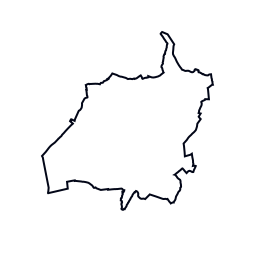 Turda, Cluj, Romania (Mercator projection), rotated 75°
{"feature_id": "2599482B86341040659785", "entity_name": "Turda", "entity_type": "district", "adm_level": 2, "iso_a3": "ROU", "parent_name": "Romania", "parent_adm1": "Cluj", "projection": "mercator", "projection_center": [23.797, 46.584], "detail": "fine", "context": "isolated", "style": "outline", "palette": "ink", "viewbox_px": 256, "rotation_deg": 75, "n_neighbors": 0, "source": "geoboundaries", "source_scale": "gbopen_adm2", "svg_char_len": 5590}
<svg xmlns="http://www.w3.org/2000/svg" viewBox="0 0 256 256"><g transform="rotate(75 128 128)"><path d="M205.6,152.2L204.5,151.3L203.9,150.5L202.9,149.5L202.2,149.2L201.9,149.0L200.9,147.7L200.1,147.2L199.9,146.7L199.6,146.4L199.1,146.1L197.4,144.2L197.1,144.1L195.6,142.6L195.0,141.7L194.0,141.1L193.0,140.0L191.7,138.3L192.0,138.0L190.9,136.6L191.1,136.3L191.9,135.5L193.2,135.1L194.1,135.1L196.2,135.8L197.0,135.7L199.1,134.4L199.6,133.8L199.9,133.2L200.3,131.0L200.6,130.5L201.1,129.8L198.2,124.8L197.8,124.2L201.4,118.7L205.3,113.0L205.8,112.0L206.1,110.4L206.2,110.0L206.8,109.0L206.9,108.8L206.7,108.3L206.7,108.2L209.4,107.3L210.5,106.8L211.4,106.3L211.9,106.2L211.6,104.7L211.5,103.6L211.8,103.1L211.3,102.8L210.9,102.5L210.3,101.7L209.3,100.7L206.6,99.3L204.6,97.3L203.0,96.0L202.4,95.3L202.3,94.8L202.1,94.5L201.2,93.6L200.7,93.4L199.3,93.0L199.1,92.7L198.7,92.1L198.3,91.9L196.2,91.5L194.2,91.4L193.3,91.1L192.7,91.0L191.6,91.1L190.7,91.8L190.1,92.4L188.7,93.2L187.6,93.5L185.9,94.3L185.5,94.5L185.2,95.0L185.0,94.3L184.3,93.0L183.4,90.8L182.9,89.9L182.3,88.3L181.5,86.9L181.1,86.0L181.2,85.8L182.9,84.9L184.1,84.4L186.7,83.1L185.5,81.2L185.3,80.6L185.3,79.6L186.0,78.5L186.6,78.0L187.1,77.4L187.4,76.7L187.4,76.3L185.8,75.3L183.6,73.4L182.3,72.4L181.8,73.1L181.4,74.7L181.4,75.1L180.8,74.8L179.6,74.1L178.1,74.1L177.1,73.8L176.0,73.6L172.7,73.4L169.4,73.0L170.0,74.6L170.1,80.4L166.1,79.6L160.1,78.6L157.4,78.3L154.7,74.2L153.1,72.4L152.2,71.1L150.9,68.6L150.1,67.4L149.1,65.3L147.8,63.3L147.5,63.0L146.7,62.4L144.6,61.1L144.0,60.8L142.0,60.0L141.7,59.8L138.5,55.8L138.2,55.5L137.8,55.8L135.4,56.8L132.8,54.1L131.8,55.9L130.7,55.2L129.4,54.7L128.4,53.8L127.5,53.2L125.5,51.4L124.7,50.9L123.2,50.4L122.6,50.5L121.8,50.5L121.4,49.8L121.4,49.5L121.2,49.1L121.1,48.2L120.7,46.3L120.1,46.0L121.2,42.4L112.5,40.9L111.1,40.7L110.0,40.7L109.8,39.8L108.2,36.1L108.1,35.5L108.2,34.8L106.4,34.8L105.3,34.4L104.2,34.6L103.7,34.6L102.5,34.3L101.3,34.4L97.6,33.9L97.4,35.1L97.4,35.8L97.5,36.3L97.9,37.2L97.4,38.6L96.8,39.9L96.2,40.6L95.3,41.4L95.2,41.7L95.4,41.9L95.1,42.3L94.6,42.6L94.1,42.9L93.7,43.6L93.2,43.9L92.8,44.5L92.3,45.3L92.3,45.8L92.3,46.2L92.1,45.6L90.7,44.9L90.3,45.1L89.5,46.7L89.3,46.9L89.1,46.8L88.6,47.7L88.6,47.8L89.0,48.5L89.7,48.7L90.2,49.2L90.4,49.8L90.8,50.5L90.8,51.4L90.6,52.0L90.0,52.9L88.6,54.4L88.3,55.0L88.2,55.5L88.0,56.0L87.9,57.0L87.8,57.6L87.5,58.2L86.1,59.9L85.9,60.5L85.3,60.9L84.5,61.0L82.8,61.8L80.2,62.7L76.5,63.7L73.3,64.2L71.9,64.5L70.2,65.1L68.3,65.4L66.9,65.1L64.1,64.0L60.9,62.9L60.3,62.6L59.1,61.7L47.9,65.4L47.6,65.6L46.8,66.7L44.1,70.2L45.0,71.6L45.3,72.0L45.5,72.1L49.3,70.6L50.9,70.2L53.2,69.3L55.0,68.8L56.2,68.1L56.6,68.0L57.2,68.3L57.4,68.6L57.5,68.7L59.3,69.5L60.0,69.6L61.3,70.5L62.7,71.1L62.9,71.3L62.9,71.5L63.3,71.9L64.6,72.6L65.2,72.7L65.5,73.2L66.2,73.2L66.3,73.4L66.5,74.1L67.1,74.4L67.2,74.6L67.5,74.8L68.5,75.3L69.0,75.2L69.7,75.5L70.6,76.0L71.7,76.4L72.3,76.8L72.9,76.9L73.3,77.3L73.8,77.6L74.6,77.5L75.2,77.9L75.8,78.7L76.4,79.3L77.6,79.9L78.1,79.9L78.8,79.5L80.1,79.5L80.7,79.6L82.3,79.4L82.7,79.4L83.3,79.6L83.6,79.7L83.8,79.5L85.0,82.4L85.5,83.2L85.7,84.2L86.0,85.6L86.0,88.7L85.8,90.4L85.3,91.8L85.0,92.3L84.4,93.2L83.1,95.0L83.5,95.1L83.7,94.9L83.9,94.9L84.3,95.0L84.3,96.9L84.1,97.0L84.0,99.1L84.3,100.9L84.3,101.2L84.2,101.3L83.6,101.5L82.5,101.5L80.5,102.1L80.8,103.2L82.2,106.8L82.3,108.5L82.3,109.1L81.8,109.3L81.9,111.2L81.0,113.2L80.7,115.4L78.9,117.3L78.6,117.9L76.8,120.9L76.5,121.8L75.6,123.3L73.9,125.1L71.3,129.0L71.6,129.3L71.7,129.5L73.1,131.1L74.5,133.3L74.8,133.9L75.4,133.8L75.5,133.9L75.7,134.4L75.5,134.6L75.3,135.4L75.8,135.7L76.2,136.3L76.3,136.3L76.3,137.1L76.5,138.1L76.6,139.3L77.0,139.6L77.2,140.0L77.7,140.5L77.7,140.8L77.7,141.1L77.4,142.5L77.8,143.1L78.5,143.8L78.1,144.5L77.4,146.0L76.7,148.5L76.1,151.3L75.7,153.1L75.7,153.9L75.3,154.2L75.1,154.8L75.3,156.3L75.5,157.2L75.6,157.6L76.0,157.5L76.5,157.7L77.7,157.8L78.1,157.9L78.7,157.6L79.0,157.8L79.4,157.8L79.7,157.9L80.4,157.9L80.3,158.5L82.1,158.6L85.2,159.1L86.0,159.2L86.6,159.0L87.9,159.2L88.0,159.3L88.0,159.7L88.0,160.3L88.0,161.1L88.1,161.6L88.4,162.4L92.1,166.0L93.9,166.4L96.4,167.5L97.7,168.9L98.3,169.8L98.6,171.0L99.7,172.0L100.5,172.6L105.8,176.9L107.3,177.7L105.2,180.1L106.0,180.8L105.3,181.2L106.4,182.2L109.5,180.1L110.0,180.9L110.1,181.4L113.0,186.3L114.9,189.3L116.2,191.2L117.5,193.4L118.6,194.5L119.3,196.1L119.9,197.0L120.2,197.8L120.3,197.8L123.1,202.4L124.7,206.3L125.7,208.1L126.8,209.7L129.8,213.6L132.8,218.3L134.5,217.9L137.7,218.2L165.2,220.1L168.1,221.2L170.1,222.1L170.3,222.0L171.0,201.9L164.2,200.8L164.5,196.3L164.8,193.0L165.4,193.1L165.5,192.5L165.7,191.9L167.6,186.9L168.1,186.0L168.3,185.1L169.0,183.5L169.6,182.3L170.5,180.7L170.9,180.2L171.8,179.4L174.1,177.6L174.6,177.3L176.2,176.8L176.9,176.5L177.1,176.1L177.1,175.9L177.0,175.5L177.0,174.7L178.0,174.2L180.8,170.3L181.8,163.0L182.5,163.2L183.1,159.3L183.5,157.1L184.2,154.2L184.8,150.1L185.0,149.7L185.5,149.2L186.3,149.1L186.6,148.9L186.8,148.5L187.1,147.7L187.8,148.0L188.1,148.5L188.4,148.6L188.8,149.0L188.7,149.1L188.5,149.3L188.7,149.7L188.5,150.0L189.6,150.2L190.0,150.3L190.6,150.2L192.1,151.4L192.8,151.5L193.2,151.8L193.8,152.1L194.0,152.3L193.9,152.7L194.5,153.2L194.8,153.2L196.1,153.7L196.4,153.3L196.7,153.0L196.9,153.0L197.0,153.1L197.4,152.9L198.1,152.9L198.7,153.2L198.9,153.7L199.3,153.7L199.8,154.1L200.1,154.0L200.7,154.1L201.7,154.1L202.3,154.2L203.6,154.6L204.3,155.2L204.5,155.0L204.9,155.0L205.5,154.6L205.5,154.1L205.7,153.8L205.2,153.0L205.5,152.7L205.6,152.2Z" fill="none" stroke="#020617" stroke-width="2"/></g></svg>